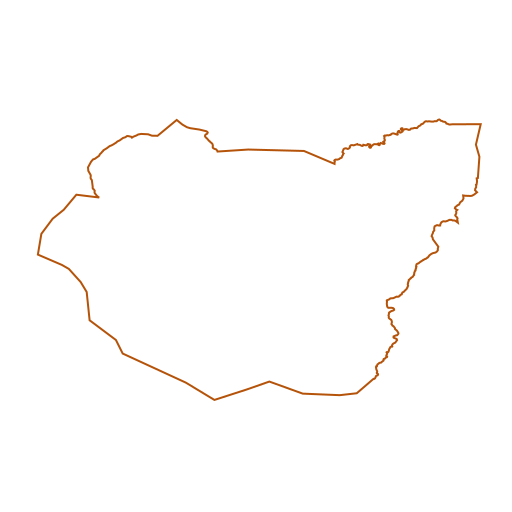 outline of Bayanzu'rx, Hövsgöl, Mongolia, rotated 183°
{"feature_id": "93677404B62399771295539", "entity_name": "Bayanzu'rx", "entity_type": "district", "adm_level": 2, "iso_a3": "MNG", "parent_name": "Mongolia", "parent_adm1": "Hövsgöl", "projection": "robinson", "projection_center": [98.395, 50.238], "detail": "fine", "context": "isolated", "style": "outline", "palette": "amber", "viewbox_px": 512, "rotation_deg": 183, "n_neighbors": 0, "source": "geoboundaries", "source_scale": "gbopen_adm2", "svg_char_len": 6025}
<svg xmlns="http://www.w3.org/2000/svg" viewBox="0 0 512 512"><g transform="rotate(183 256 256)"><path d="M449.3,236.9L442.2,233.3L429.7,220.8L423.2,211.2L418.8,183.1L391.5,164.8L384.0,151.6L319.5,125.9L290.0,110.1L258.3,122.2L236.1,131.3L202.1,121.0L165.1,121.4L148.2,124.2L132.2,139.5L131.7,139.4L130.9,139.9L130.3,141.0L130.1,142.0L129.7,142.6L128.3,143.2L127.9,143.9L128.0,144.5L129.2,145.3L129.3,145.6L128.9,146.6L128.9,147.0L129.9,149.1L130.4,151.4L130.1,152.2L129.5,152.2L129.1,154.0L127.6,155.2L127.3,155.7L125.3,156.2L124.8,156.9L123.2,158.2L123.1,158.7L123.3,159.0L123.1,159.8L121.7,160.4L121.1,161.4L120.0,161.8L119.8,162.5L120.7,163.2L120.6,163.7L119.9,165.2L119.9,165.5L120.6,166.6L120.5,166.8L119.2,166.9L118.8,167.2L118.6,167.7L118.0,170.2L117.4,171.2L117.2,171.9L116.9,172.2L116.4,172.5L115.3,172.6L115.2,172.7L115.6,173.4L115.5,173.9L115.0,175.0L114.2,175.8L112.4,176.8L110.7,179.4L111.2,180.5L114.2,181.6L114.4,181.8L114.4,182.9L112.2,184.0L110.9,184.3L109.9,185.5L109.7,186.3L110.1,187.1L111.4,188.9L113.3,190.3L113.4,191.1L113.6,191.4L114.9,193.0L116.2,193.7L116.6,194.5L117.2,195.1L116.8,197.2L117.2,198.6L117.6,199.3L119.7,200.6L120.2,201.3L120.2,202.8L120.6,203.6L120.2,205.1L120.3,205.9L120.1,206.5L117.9,208.1L116.4,208.6L115.5,209.2L115.2,209.5L115.4,210.2L115.6,210.6L116.5,211.2L118.1,211.4L121.2,211.2L122.0,211.8L122.4,212.6L122.9,215.1L122.8,217.4L123.1,218.1L123.0,218.6L120.8,219.6L119.6,220.7L116.6,221.1L113.5,222.8L112.1,222.7L111.1,223.1L110.7,223.7L110.0,224.1L109.7,224.8L108.5,225.3L108.3,225.7L108.3,226.4L108.0,226.8L107.8,227.3L106.6,227.9L105.3,229.5L103.9,230.9L103.6,231.8L103.1,232.4L103.0,233.3L102.5,234.2L103.0,235.6L103.0,235.9L102.7,236.4L102.8,237.1L102.5,237.9L102.5,238.6L102.1,239.2L102.2,239.6L102.2,240.1L102.0,240.3L101.3,240.7L100.8,241.5L100.1,241.9L99.9,242.5L98.5,243.3L97.4,245.1L97.1,245.4L97.3,246.0L97.0,246.7L97.1,247.5L96.7,248.5L96.7,249.0L96.1,249.6L96.2,250.1L95.8,250.5L95.9,251.3L95.6,251.9L95.7,252.2L95.4,252.6L95.5,253.0L95.4,253.3L95.5,253.6L95.3,253.9L95.6,254.2L95.5,254.6L95.5,255.2L95.2,256.2L94.2,256.9L93.4,257.1L91.8,258.6L91.3,258.8L90.9,259.3L89.3,260.3L88.9,260.8L88.5,260.8L87.6,261.6L86.2,262.1L85.7,262.6L85.2,262.9L84.8,263.4L84.5,263.4L84.1,263.8L82.9,265.7L81.0,267.3L79.5,268.1L76.8,268.9L75.7,269.8L74.9,270.9L74.7,271.3L74.7,271.9L74.9,272.5L74.4,274.8L80.2,281.9L80.7,283.8L81.7,285.0L81.2,286.6L80.6,288.0L80.3,289.6L79.3,290.8L79.5,293.1L79.2,294.9L78.6,295.4L76.8,296.3L74.8,296.0L73.7,296.1L73.7,296.9L73.1,298.5L72.5,299.5L70.8,300.5L68.6,300.4L66.7,301.1L64.8,302.2L62.6,302.3L61.5,301.8L59.9,301.9L58.6,301.5L56.2,299.9L57.0,303.3L56.7,303.9L56.7,304.2L57.6,305.4L58.6,306.2L59.1,306.9L59.2,307.2L58.4,308.6L58.2,309.5L58.5,311.1L58.1,311.9L57.5,312.5L58.5,312.9L59.9,314.1L59.6,315.2L58.2,316.4L57.5,317.2L55.9,318.0L54.9,320.3L52.9,322.0L52.0,323.8L51.8,324.5L52.3,327.3L49.9,327.1L44.6,327.2L43.2,327.6L41.2,328.9L38.6,331.2L40.7,333.1L40.5,334.9L39.8,336.0L39.8,337.5L40.0,338.6L39.5,338.8L39.2,341.6L39.2,342.5L39.7,345.1L38.5,345.5L38.1,366.8L42.2,378.7L38.5,399.4L67.0,397.8L69.4,397.4L70.6,397.6L71.7,398.1L72.8,398.2L73.4,399.2L74.2,399.8L76.3,400.0L77.1,400.5L78.6,400.8L79.4,401.6L80.0,401.9L80.5,401.8L81.4,401.4L82.5,400.2L83.1,400.0L84.7,400.0L85.9,399.5L87.6,399.4L90.3,399.6L91.7,399.3L93.3,399.5L94.5,398.9L96.4,396.7L97.8,396.3L98.7,395.0L100.4,394.1L101.9,392.2L102.8,392.1L104.5,392.2L106.0,391.6L107.7,391.4L108.2,391.0L108.6,390.3L109.9,389.9L112.3,390.6L114.1,390.4L115.0,389.8L115.6,389.7L116.1,389.9L116.4,391.1L116.9,391.3L117.7,391.0L118.0,390.6L117.9,390.0L117.6,389.7L116.1,388.8L116.0,388.3L116.1,388.1L117.4,387.1L118.5,386.7L119.1,387.1L119.4,388.2L119.6,388.4L120.2,388.3L120.7,387.8L121.1,386.5L121.2,386.2L120.8,385.0L121.0,384.6L121.5,384.6L124.8,385.6L125.6,385.6L126.8,385.2L127.4,384.8L127.6,384.3L128.0,384.0L128.7,383.9L129.8,383.4L131.3,383.5L132.5,383.1L133.9,383.0L134.4,382.5L133.9,381.6L134.0,379.8L133.5,379.0L133.4,378.2L133.5,377.8L133.8,377.5L134.4,377.2L134.9,376.7L133.7,375.6L133.5,375.3L133.8,374.7L134.8,374.6L137.4,375.4L138.1,374.6L138.3,373.4L138.8,373.1L139.4,373.3L139.1,374.6L139.6,374.8L141.2,373.9L143.5,373.9L144.2,373.7L144.9,373.2L145.8,372.2L146.9,371.4L146.9,370.4L147.7,370.0L148.5,370.6L148.7,370.8L148.8,371.4L148.7,371.7L147.7,372.6L147.7,373.2L148.4,373.4L150.1,373.7L150.6,373.4L150.8,372.7L151.3,372.4L152.6,372.3L154.7,372.7L154.8,372.5L154.8,372.0L155.3,371.5L156.4,371.6L158.0,372.4L159.7,372.5L160.7,372.7L160.8,373.0L164.2,371.6L165.4,371.8L166.8,371.7L168.0,370.5L167.9,369.4L168.3,368.7L169.4,367.9L170.0,367.7L171.8,368.3L173.4,367.9L174.2,367.2L174.7,365.4L175.1,364.6L175.1,364.2L173.8,362.9L174.5,362.0L174.6,361.1L175.2,360.3L175.2,359.9L175.7,358.6L177.2,358.0L177.9,357.2L179.7,356.5L181.7,356.4L182.5,355.9L182.8,355.3L182.2,354.4L182.4,353.9L182.4,352.1L213.6,363.4L269.4,361.9L299.9,358.3L300.2,359.1L300.8,359.8L301.6,360.5L302.7,360.7L304.1,361.3L304.7,361.8L305.0,362.6L304.8,363.6L305.0,364.4L305.2,365.2L305.6,365.9L306.7,366.8L307.5,367.3L308.2,368.1L308.9,368.5L311.1,370.8L312.5,371.9L312.9,372.5L313.2,373.0L313.1,374.0L312.3,374.9L311.3,375.5L311.0,375.8L310.7,376.9L311.4,377.6L312.2,378.0L319.1,379.3L328.4,380.2L331.7,381.0L336.4,383.4L342.3,387.7L360.6,370.9L366.2,370.7L370.1,371.9L377.0,371.9L380.0,371.2L381.7,370.1L384.8,368.7L386.1,367.7L386.8,368.5L387.2,368.6L389.5,369.0L390.5,369.1L391.3,368.9L392.6,367.8L395.0,366.9L398.2,364.3L400.1,363.3L400.9,362.7L401.5,362.0L404.6,359.8L406.3,358.8L407.9,358.1L410.5,355.9L414.0,353.5L414.4,352.6L415.0,352.2L415.6,351.2L417.2,349.5L418.0,347.8L422.2,344.5L423.7,344.0L425.0,342.4L425.7,341.4L428.4,335.7L427.9,332.2L425.4,328.3L425.2,327.4L425.3,325.7L425.1,324.7L424.6,324.0L424.1,323.5L423.8,322.7L422.7,316.6L422.7,315.3L422.0,314.3L421.5,314.1L420.5,312.8L420.6,311.3L420.5,310.7L420.2,310.2L418.0,307.7L416.5,306.6L415.6,306.2L438.6,307.8L450.4,292.1L461.0,282.6L471.5,266.9L473.9,246.0L449.3,236.9Z" fill="none" stroke="#b45309" stroke-width="2"/></g></svg>